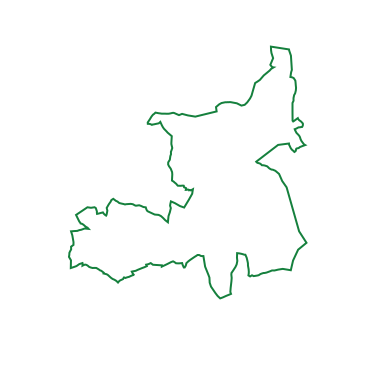 Isiala Mbano, Imo, Nigeria (Albers equal-area conic projection), rotated 340°
{"feature_id": "59680162B35426409409773", "entity_name": "Isiala Mbano", "entity_type": "district", "adm_level": 2, "iso_a3": "NGA", "parent_name": "Nigeria", "parent_adm1": "Imo", "projection": "albers", "projection_center": [7.166, 5.667], "detail": "fine", "context": "isolated", "style": "outline", "palette": "green", "viewbox_px": 384, "rotation_deg": 340, "n_neighbors": 0, "source": "geoboundaries", "source_scale": "gbopen_adm2", "svg_char_len": 5408}
<svg xmlns="http://www.w3.org/2000/svg" viewBox="0 0 384 384"><g transform="rotate(340 192 192)"><path d="M282.2,278.9L279.2,265.6L282.5,220.0L280.5,212.5L280.0,204.8L277.6,200.6L275.6,198.7L274.4,198.1L273.5,197.2L272.6,196.0L271.5,193.7L270.7,193.0L269.4,192.0L268.4,191.4L266.8,190.7L266.3,189.5L265.5,188.4L264.4,187.6L263.5,187.0L263.0,186.3L262.7,185.5L289.0,177.2L299.7,179.6L299.4,180.9L299.6,182.3L299.7,184.0L300.0,185.4L300.6,186.9L301.3,188.0L301.9,189.4L302.8,189.2L303.7,188.7L304.0,188.0L304.8,187.0L305.4,186.9L307.2,187.2L308.6,186.7L310.9,186.6L314.4,186.6L313.5,185.5L312.3,181.5L312.1,179.6L312.2,177.4L312.0,176.0L311.7,175.1L311.0,173.5L310.4,172.2L310.2,170.7L310.0,169.0L310.0,168.1L310.6,168.1L311.8,168.1L312.8,167.9L314.1,167.7L315.6,168.1L317.8,168.5L318.8,167.5L319.3,166.6L319.6,165.5L318.6,163.1L317.3,161.2L316.7,159.7L316.7,158.8L315.6,159.1L314.3,159.5L312.2,160.1L311.2,160.3L310.9,159.4L313.8,151.2L316.9,142.7L318.6,141.0L319.5,138.5L321.1,135.9L322.7,134.5L324.3,132.1L325.4,129.7L325.9,127.7L326.9,124.0L327.2,122.6L326.5,119.7L325.3,118.5L323.8,117.6L326.1,113.4L327.6,111.4L331.6,97.7L331.7,92.4L331.9,91.2L315.9,82.4L314.8,85.7L314.2,88.6L314.0,94.0L309.1,99.3L309.5,100.6L310.2,102.2L311.3,102.8L308.6,103.3L306.6,104.4L299.3,107.0L294.1,109.9L291.4,110.6L288.6,111.2L284.0,117.5L280.9,121.8L278.5,124.0L274.5,126.7L271.3,128.1L268.0,127.7L264.5,124.0L258.9,120.7L253.7,119.0L250.2,118.5L247.6,118.9L243.6,120.4L242.7,124.7L220.9,122.3L214.3,118.6L209.4,115.2L206.1,115.3L204.9,114.2L202.3,111.7L201.5,111.2L200.7,111.0L198.1,110.7L196.6,110.4L194.0,109.4L190.3,108.0L187.3,106.4L184.8,104.9L183.3,105.6L181.8,106.0L179.8,107.2L177.2,109.3L174.2,111.5L173.8,112.8L174.3,113.0L175.6,113.6L176.8,114.6L177.3,115.2L177.9,115.1L179.3,115.4L181.6,115.7L184.2,116.1L185.1,115.8L186.2,115.3L186.5,119.0L186.8,121.1L187.3,123.0L188.2,125.0L189.0,126.8L189.3,127.7L192.1,132.6L189.7,138.1L189.0,139.9L188.5,143.9L187.1,145.7L185.9,147.1L185.2,149.3L183.9,150.9L182.2,154.1L179.8,156.0L179.0,158.0L179.2,159.9L180.0,162.9L180.1,166.5L179.5,168.7L177.1,174.4L178.4,176.1L178.8,177.0L179.2,177.6L180.0,179.0L180.5,180.5L180.8,181.2L183.2,182.2L185.7,182.9L186.4,183.3L186.3,184.0L186.2,184.9L187.1,185.7L187.5,186.1L187.8,186.4L187.8,186.6L187.4,187.2L186.9,187.9L187.5,188.1L188.3,188.2L189.2,188.4L189.6,188.7L189.8,189.4L190.3,189.3L191.0,189.5L191.5,190.1L193.8,189.7L193.0,191.1L191.6,193.7L186.5,198.1L179.3,203.9L175.9,201.1L172.1,196.6L169.0,193.6L167.5,195.9L166.7,197.4L166.6,199.9L164.3,203.4L161.7,206.6L159.0,212.2L157.2,209.3L155.9,206.4L154.6,204.0L152.8,202.1L149.2,200.4L145.5,196.7L143.9,195.1L143.3,194.0L143.2,192.4L143.3,190.6L141.2,189.5L139.3,187.6L137.8,186.4L134.6,185.7L133.5,184.8L132.6,183.6L131.5,182.8L130.1,182.1L129.0,181.8L125.8,180.9L124.8,180.8L123.6,179.9L122.0,178.9L119.9,177.5L118.7,175.5L117.4,174.2L115.7,171.5L113.5,172.0L112.2,173.3L109.6,175.1L106.4,177.8L106.1,180.5L105.2,182.1L103.9,184.2L103.2,184.8L102.3,183.5L101.6,182.0L101.3,180.7L99.1,180.5L96.8,180.3L95.3,180.1L95.5,179.0L96.0,177.7L96.1,174.2L95.2,173.0L91.7,172.3L88.5,170.6L75.2,173.9L76.0,181.3L76.5,182.5L76.5,183.4L77.1,183.9L77.8,184.3L78.8,185.6L79.7,187.3L80.5,188.6L81.6,189.8L82.2,191.3L79.7,190.1L78.6,189.6L76.9,189.6L75.0,189.6L73.2,189.3L70.8,189.3L68.6,188.6L64.9,187.6L64.7,191.9L63.5,198.6L62.5,201.2L59.7,202.0L58.8,204.6L57.2,206.0L56.0,207.2L55.2,209.1L54.2,210.9L54.9,214.8L53.8,217.6L52.1,222.0L55.5,222.1L58.1,222.1L61.5,221.2L64.8,221.3L64.8,221.7L64.0,223.6L63.9,223.8L64.7,223.7L66.4,223.6L67.0,223.8L67.6,224.2L68.4,225.0L69.1,226.0L69.5,226.9L70.4,227.8L71.4,228.6L72.6,229.4L73.2,229.6L74.5,230.0L76.0,230.6L76.9,231.6L78.3,233.4L78.8,234.2L79.8,235.0L80.5,236.1L81.0,236.9L81.5,237.7L81.0,238.3L82.2,239.1L83.5,240.0L84.1,240.6L84.5,241.1L85.4,242.8L86.4,244.7L87.6,246.5L88.8,247.6L90.1,249.1L90.8,250.3L91.5,251.8L91.9,251.6L92.4,251.1L93.1,250.9L94.2,250.5L95.6,250.4L96.8,250.3L97.5,250.2L98.5,249.2L98.9,249.0L99.5,249.5L99.9,250.0L101.9,250.0L103.9,250.2L105.7,250.0L107.4,249.9L108.5,250.0L108.9,249.8L108.5,248.6L108.3,247.2L108.2,246.2L109.1,246.3L111.4,246.7L112.4,246.8L114.1,246.6L116.3,246.5L119.2,246.4L121.5,246.4L124.2,246.2L124.1,244.6L126.3,244.9L128.9,244.7L130.4,247.0L132.2,247.8L138.6,250.6L138.1,251.8L139.0,251.7L141.6,251.5L144.5,251.2L148.5,250.7L150.5,250.7L151.5,251.8L152.6,253.5L155.3,254.6L158.4,255.4L158.3,256.9L158.3,257.7L158.5,260.1L159.3,260.4L160.8,259.2L161.6,258.2L162.3,257.0L164.8,255.9L167.0,255.2L170.1,254.4L172.5,253.8L173.6,253.6L175.6,253.1L177.1,253.6L178.7,255.3L180.8,256.1L178.8,266.6L179.1,275.8L179.1,278.4L177.6,283.3L177.5,287.4L179.4,294.9L180.5,298.4L182.1,301.6L184.8,301.6L188.7,301.3L192.0,301.2L193.8,301.1L193.8,299.8L193.9,298.9L195.5,295.4L198.6,289.2L199.9,286.3L200.7,283.1L201.4,281.6L203.5,280.1L207.2,277.3L209.2,275.3L211.0,272.3L211.8,269.1L213.5,264.9L215.5,265.9L217.3,267.0L218.7,268.0L219.7,268.8L220.7,269.2L220.9,272.5L220.5,275.9L220.2,278.0L219.4,280.4L218.8,283.9L218.1,286.4L217.4,288.1L216.5,289.7L217.7,291.2L219.9,290.8L220.3,291.2L221.1,292.1L222.0,292.3L224.6,292.8L226.2,293.0L228.3,292.5L230.2,292.5L231.6,292.6L232.4,292.9L234.4,293.2L238.2,293.2L240.3,293.1L241.2,293.4L242.4,293.9L243.7,294.1L245.5,294.3L246.4,294.4L249.5,295.0L251.0,295.3L258.1,299.3L263.5,291.0L272.0,282.5L282.2,278.9Z" fill="none" stroke="#15803d" stroke-width="2"/></g></svg>